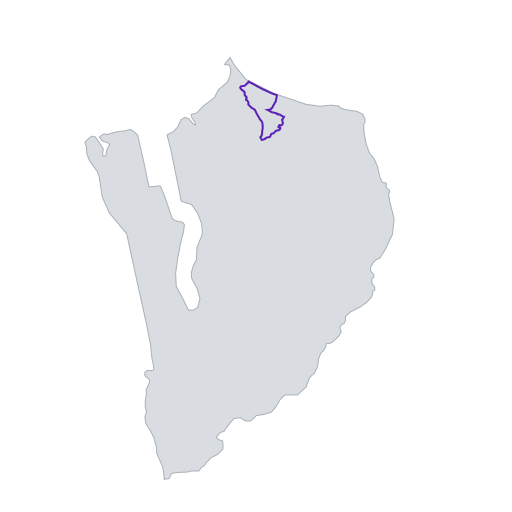 Tivaoune, Thiès, Senegal (highlighted), rotated 78°
{"feature_id": "50182788B62483410284412", "entity_name": "Tivaoune", "entity_type": "district", "adm_level": 2, "iso_a3": "SEN", "parent_name": "Senegal", "parent_adm1": "Thiès", "projection": "albers", "projection_center": [-16.699, 15.086], "detail": "fine", "context": "in_parent", "style": "outline", "palette": "violet", "viewbox_px": 512, "rotation_deg": 78, "n_neighbors": 0, "source": "geoboundaries", "source_scale": "gbopen_adm2", "svg_char_len": 8138}
<svg xmlns="http://www.w3.org/2000/svg" viewBox="0 0 512 512"><g transform="rotate(78 256 256)"><path d="M394.2,233.8L400.5,244.3L399.3,249.5L398.0,257.0L401.6,262.4L405.6,265.8L408.6,269.0L411.9,273.5L412.6,282.4L412.1,288.9L414.2,291.8L416.1,295.4L415.8,298.5L414.7,301.2L410.9,304.9L410.4,311.6L416.9,319.6L421.0,324.0L421.0,326.5L422.2,329.2L425.2,332.4L427.1,331.6L429.0,328.9L429.9,327.1L435.3,327.8L437.9,328.5L441.5,333.8L442.8,337.3L443.8,341.7L447.5,347.1L450.8,350.9L451.5,353.4L454.4,356.6L452.8,364.0L453.1,367.7L451.4,377.6L451.1,382.2L451.3,383.9L455.7,387.3L455.3,392.3L450.9,391.5L443.3,391.1L428.1,394.1L422.9,393.1L412.9,393.7L405.8,395.3L396.8,398.7L389.8,398.0L385.9,395.5L381.0,395.8L375.3,394.6L369.3,392.2L363.8,391.1L357.8,386.6L355.0,385.9L353.1,387.1L351.5,388.6L349.8,389.6L346.6,388.8L345.3,385.8L346.3,382.8L346.5,380.5L345.0,379.3L341.4,379.0L335.6,379.1L326.2,378.3L324.0,377.7L303.0,377.3L281.2,377.4L262.7,377.6L239.4,377.7L223.0,377.8L207.7,377.8L196.0,383.9L183.2,390.6L166.0,394.1L146.2,392.9L139.9,393.8L133.3,396.8L128.5,398.9L121.7,400.2L112.9,399.1L109.3,399.8L107.1,396.8L104.6,391.9L106.2,388.4L111.5,386.1L119.6,383.1L123.8,384.7L126.3,384.7L126.8,382.8L126.0,381.8L119.9,379.2L116.7,375.8L114.1,377.8L111.9,382.0L110.0,383.3L107.2,384.4L105.7,381.6L105.0,378.8L106.2,376.7L105.6,364.6L106.4,358.2L106.0,352.6L109.8,348.9L113.4,346.6L127.5,346.4L140.6,346.2L153.3,346.3L166.2,346.4L167.4,335.2L171.5,334.3L177.6,333.1L188.9,331.7L201.6,330.3L204.3,328.1L206.3,324.3L207.6,321.0L210.2,319.5L213.8,320.6L218.4,322.4L223.3,325.0L228.8,327.5L232.5,329.0L241.4,332.9L256.5,338.3L269.0,340.3L283.9,336.1L294.7,333.4L296.0,328.6L294.3,323.9L286.2,319.7L275.2,320.3L271.8,321.5L266.7,323.0L263.7,323.6L258.5,322.6L251.9,319.0L247.7,315.3L241.9,313.6L235.1,311.9L224.0,304.2L218.3,302.9L212.9,302.5L202.5,304.1L192.3,308.3L187.0,317.7L176.9,317.6L155.2,317.4L135.4,317.2L119.0,317.8L117.3,311.1L113.4,305.6L107.1,301.0L105.7,296.7L107.9,293.0L114.0,289.9L115.4,287.7L112.2,288.0L107.4,290.0L104.1,290.1L103.8,284.2L98.4,276.6L92.4,263.6L85.6,258.3L80.0,247.8L74.0,243.7L68.5,241.9L63.9,242.2L62.1,247.0L56.3,240.1L64.3,237.7L81.3,229.1L100.9,204.4L118.3,175.1L120.6,168.2L122.7,162.9L124.1,150.9L126.6,143.8L129.0,142.4L131.9,137.0L135.4,127.4L139.5,122.1L144.0,121.0L147.5,121.4L150.0,123.4L157.3,124.6L169.5,125.0L178.9,123.6L185.5,120.2L194.2,118.5L205.0,118.4L210.7,116.9L211.2,114.2L212.6,113.3L214.9,114.4L217.0,114.0L219.0,112.0L221.0,111.8L223.0,113.5L232.0,113.9L248.1,113.1L263.1,118.0L276.9,128.6L284.0,135.6L284.5,139.2L286.8,142.8L291.0,146.4L294.7,147.0L298.1,144.7L300.8,144.9L302.7,147.7L306.6,148.2L311.0,146.4L314.1,146.9L314.7,148.6L315.4,149.5L317.5,149.8L320.4,151.9L324.4,157.5L327.8,165.4L330.4,175.6L333.8,181.1L337.9,181.9L340.4,184.0L340.9,186.4L342.1,188.1L344.1,188.9L347.5,188.3L351.7,191.7L356.2,199.1L356.9,202.5L356.3,204.3L356.5,205.6L359.5,206.8L362.3,209.2L364.6,212.9L369.5,216.1L377.0,218.8L382.5,223.0L385.9,228.6L392.8,233.3L394.2,233.8Z" fill="#d9dde1" stroke="#a8b0b8" stroke-width="1"/><path d="M130.2,222.4L130.4,222.4L131.0,222.6L131.6,222.8L132.7,223.0L133.0,223.1L133.7,223.4L134.3,223.7L134.5,223.8L135.3,224.0L135.7,224.2L136.1,224.2L137.0,224.4L137.5,224.6L138.1,224.9L138.9,225.2L139.2,225.4L139.7,225.8L140.1,226.2L140.2,226.6L140.4,226.9L140.7,227.0L141.3,227.0L142.1,226.7L142.7,226.5L143.0,226.4L143.6,226.3L143.6,226.0L143.7,225.6L143.7,225.4L143.6,224.8L143.5,223.9L143.5,223.7L143.5,223.4L143.3,223.1L143.3,222.8L143.1,222.6L142.9,222.4L142.9,222.0L142.6,221.3L142.4,220.8L142.4,220.3L142.4,219.7L142.4,219.1L142.5,218.2L142.4,217.7L142.2,217.5L141.9,217.2L141.5,216.8L141.3,216.7L140.6,216.3L140.3,216.1L140.1,216.0L140.0,215.9L139.8,215.6L139.7,215.4L139.7,215.1L139.7,214.7L139.7,214.3L139.7,214.1L139.7,213.7L139.5,213.3L139.3,212.9L139.2,212.7L138.9,212.2L138.4,211.6L138.2,211.3L138.0,210.9L137.8,210.6L137.7,210.3L137.7,209.9L137.6,209.6L137.6,209.1L137.7,208.9L137.7,208.4L137.8,208.1L137.7,207.7L137.6,207.4L137.4,206.8L137.2,206.5L136.9,206.1L136.3,205.7L136.0,205.6L135.6,205.7L135.3,205.8L135.2,206.2L135.1,206.8L135.0,207.1L134.9,207.2L134.6,207.3L134.3,207.2L134.1,207.1L133.8,206.9L133.5,206.7L133.2,206.3L133.0,206.1L132.8,205.8L132.8,205.4L133.1,205.1L133.3,204.8L133.5,204.3L133.4,204.0L133.3,203.6L132.9,203.1L132.6,202.8L132.4,202.4L131.8,202.1L130.8,202.1L129.5,202.1L128.9,202.2L128.2,202.2L127.8,201.8L127.4,201.3L127.2,201.1L126.8,200.7L126.5,200.4L126.2,200.1L125.9,199.9L125.9,200.0L125.6,200.3L125.3,200.6L125.0,200.8L124.1,201.7L123.8,202.1L123.5,202.5L123.2,202.8L123.0,203.0L122.7,203.3L122.6,203.6L122.4,203.8L122.1,204.2L122.0,204.4L121.8,204.8L122.0,204.9L122.0,205.2L122.0,205.4L121.9,205.5L121.7,205.8L121.3,206.0L121.0,205.9L120.9,206.1L120.5,206.7L120.1,207.4L119.7,208.2L119.3,209.2L118.9,210.0L118.7,210.5L118.4,211.0L118.0,211.5L117.6,211.9L117.2,212.3L116.9,212.6L116.6,213.0L116.4,213.3L115.8,213.9L115.5,214.3L115.6,212.7L115.7,212.2L115.7,211.6L115.5,211.0L115.3,210.6L115.2,210.5L114.8,210.3L114.5,210.1L114.5,209.9L114.2,209.0L113.9,208.8L113.2,208.4L112.6,207.9L112.2,207.6L110.9,206.3L110.6,206.1L110.2,205.9L109.9,205.7L109.6,205.3L109.4,204.9L109.0,204.6L108.2,204.3L107.4,204.0L107.2,203.8L106.2,203.4L105.1,202.9L104.1,202.5L103.0,202.1L102.6,202.7L102.2,203.3L102.0,203.8L101.8,204.1L101.6,204.4L101.4,204.8L101.0,205.3L100.8,205.6L100.6,206.1L100.3,206.5L100.1,206.8L99.9,207.1L99.6,207.5L99.2,208.1L98.9,208.5L98.6,208.9L98.4,209.2L98.1,209.6L97.8,210.0L97.5,210.3L97.3,210.7L97.0,211.0L96.8,211.2L96.4,211.8L96.2,212.2L96.1,212.3L95.9,212.4L95.6,213.0L95.2,213.5L94.8,214.0L94.7,214.1L94.6,214.4L94.4,214.6L94.2,214.8L93.9,215.0L93.7,215.3L93.5,215.6L93.4,215.8L93.1,216.2L92.6,216.7L92.4,216.9L92.0,217.4L91.8,217.7L91.4,218.1L91.2,218.4L90.9,218.8L90.7,218.9L90.6,219.1L90.4,219.3L90.3,219.5L90.2,219.6L90.0,219.9L89.8,220.0L89.6,220.2L89.5,220.4L89.4,220.5L89.2,220.6L89.1,220.8L88.9,221.0L88.7,221.3L88.5,221.5L88.4,221.6L88.2,221.9L88.1,222.0L87.9,222.1L87.8,222.3L87.7,222.4L87.6,222.5L87.4,222.8L87.1,223.0L87.0,223.3L86.9,223.4L86.8,223.5L86.7,223.5L86.4,223.8L86.2,224.0L86.1,224.3L85.9,224.4L85.9,224.5L85.7,224.7L85.7,224.8L85.5,225.0L85.4,225.2L85.3,225.3L85.2,225.4L85.1,225.5L84.9,225.7L84.8,225.8L84.7,225.9L84.7,226.0L84.4,226.2L84.3,226.3L84.2,226.4L84.1,226.5L84.0,226.8L83.9,226.8L83.8,227.0L84.4,227.5L85.0,228.0L85.4,228.4L85.5,228.9L85.5,229.0L85.5,229.5L85.8,229.7L86.3,230.3L86.8,230.9L87.2,232.3L87.1,232.7L87.0,233.4L87.0,233.9L86.9,234.3L86.9,234.7L86.9,235.0L87.0,235.1L87.0,235.3L87.1,235.5L87.3,235.7L87.6,236.2L87.7,236.4L87.9,236.4L88.2,236.4L88.4,236.4L88.7,236.3L88.8,236.3L89.0,236.2L89.4,236.0L89.7,235.8L90.1,235.5L90.7,235.1L90.8,235.1L90.9,234.9L91.0,234.9L91.2,234.6L91.4,234.6L91.5,234.5L91.6,234.3L91.7,234.2L91.9,234.1L92.1,234.0L92.2,233.8L92.4,233.7L92.6,233.6L92.7,233.4L92.9,233.3L93.0,233.3L93.2,233.2L93.3,233.1L93.5,233.1L93.8,233.1L94.0,233.1L94.3,233.2L94.5,233.3L94.9,233.4L95.0,233.5L95.3,233.5L95.5,233.5L95.9,233.6L96.0,233.6L96.3,233.5L96.4,233.4L96.6,233.4L96.8,233.4L97.1,233.2L97.3,233.1L97.6,232.9L97.8,232.8L97.9,232.6L98.1,232.7L98.3,232.6L98.5,232.4L98.8,232.2L99.0,232.2L99.3,232.2L99.4,232.3L99.5,232.4L99.7,232.5L99.8,232.6L100.0,232.8L100.3,233.0L100.4,232.9L100.5,232.9L100.9,232.9L101.1,233.0L101.1,232.9L101.5,232.6L102.2,232.2L102.7,232.0L103.2,231.8L103.8,231.6L104.1,231.5L104.3,231.5L104.6,231.6L104.9,231.6L105.4,231.8L105.8,231.9L106.2,232.0L106.4,231.9L106.7,231.7L107.0,231.6L107.5,231.2L107.8,231.0L108.0,230.8L108.3,230.6L108.9,230.3L109.3,230.0L109.7,229.8L110.1,229.5L110.3,229.3L110.7,228.9L110.9,228.6L111.6,227.8L112.3,227.2L112.8,226.9L113.0,226.8L113.0,226.7L113.7,226.5L114.5,226.3L115.6,226.0L116.3,225.9L117.3,225.6L118.1,225.4L119.0,225.1L119.6,224.8L120.6,224.5L120.8,224.4L121.6,224.1L122.1,223.9L122.7,223.9L123.1,223.9L123.3,223.7L123.7,223.4L124.2,223.1L124.4,222.9L124.5,222.9L125.0,222.7L125.4,222.5L125.9,222.4L126.2,222.3L126.6,222.2L127.0,222.1L127.4,222.1L127.9,222.2L128.4,222.2L129.1,222.4L129.6,222.3L129.9,222.4L130.2,222.4Z" fill="none" stroke="#5b21b6" stroke-width="2"/></g></svg>